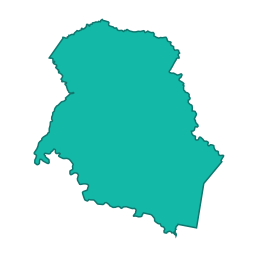 Pesé, Herrera, Panama, rotated 88°
{"feature_id": "35544464B3990390948119", "entity_name": "Pesé", "entity_type": "district", "adm_level": 2, "iso_a3": "PAN", "parent_name": "Panama", "parent_adm1": "Herrera", "projection": "robinson", "projection_center": [-80.628, 7.893], "detail": "fine", "context": "isolated", "style": "filled", "palette": "teal", "viewbox_px": 256, "rotation_deg": 88, "n_neighbors": 0, "source": "geoboundaries", "source_scale": "gbopen_adm2", "svg_char_len": 5764}
<svg xmlns="http://www.w3.org/2000/svg" viewBox="0 0 256 256"><g transform="rotate(88 128 128)"><path d="M230.2,63.0L186.1,54.2L165.0,35.4L164.2,36.1L163.6,36.1L161.1,34.6L160.0,33.7L159.1,33.4L158.8,33.6L158.6,34.1L158.7,36.9L158.3,37.9L157.2,38.4L154.7,38.7L154.3,39.2L154.2,40.3L153.8,41.0L152.9,41.8L150.8,42.7L148.6,42.9L148.0,44.1L147.6,45.9L147.7,46.4L148.5,47.3L148.6,47.9L148.4,48.4L147.4,48.9L145.5,48.3L144.8,48.6L144.0,49.8L143.9,51.5L143.6,52.4L141.8,53.6L139.8,55.7L139.6,56.5L139.9,57.1L141.9,58.1L142.3,58.5L142.5,59.8L142.1,60.7L141.4,61.1L138.8,60.9L138.4,61.3L138.1,62.3L137.7,63.1L135.8,64.5L134.7,64.5L133.5,64.8L133.2,62.9L132.7,62.1L131.8,61.6L129.8,61.1L129.3,60.8L129.1,60.1L129.5,58.9L129.1,58.3L128.6,57.9L127.2,58.2L125.4,59.8L123.8,60.4L122.6,60.4L122.0,61.1L121.5,61.3L120.8,61.2L117.1,59.2L116.3,59.1L113.8,60.4L113.4,61.7L113.2,63.3L109.6,63.0L107.7,63.3L107.3,63.7L106.5,65.3L104.6,66.9L102.4,66.9L101.7,65.4L100.3,64.9L98.5,65.9L96.7,65.7L95.8,66.3L95.0,67.2L94.2,69.4L93.1,69.9L92.5,70.7L92.1,71.0L89.5,71.1L87.8,70.6L86.9,71.5L86.0,70.7L85.4,70.7L84.3,71.9L82.3,75.0L81.9,75.3L81.1,75.2L80.3,74.9L79.2,73.3L77.0,72.2L76.4,72.3L75.9,72.7L75.8,73.2L76.7,75.7L76.8,76.9L74.8,80.4L74.7,82.6L74.1,84.2L73.7,84.7L73.3,84.9L72.2,84.5L70.8,83.2L69.8,82.8L68.3,81.7L64.4,79.5L61.6,77.6L60.5,77.2L59.8,76.2L59.7,75.3L60.0,74.7L59.7,74.5L59.0,74.5L56.7,75.4L55.9,75.0L54.9,73.8L53.3,74.7L52.2,74.8L51.7,76.0L51.9,78.2L51.8,78.7L50.0,79.7L48.5,79.5L48.0,80.0L46.9,82.0L45.1,82.7L44.3,82.0L43.7,82.2L43.5,82.4L43.1,84.2L42.5,85.3L41.7,85.7L40.1,86.0L38.7,86.8L38.6,87.5L39.0,90.7L38.7,92.2L39.3,94.2L38.6,95.6L38.6,96.2L37.7,97.3L36.8,98.9L34.9,98.6L33.7,99.2L33.4,99.6L33.5,101.0L33.2,102.2L32.8,103.4L31.8,104.8L32.8,106.3L33.2,107.5L32.8,108.0L31.7,108.3L31.3,109.0L32.0,112.1L31.7,114.5L32.2,116.7L32.2,119.0L31.1,123.0L29.5,125.5L29.8,126.1L30.6,126.7L30.3,127.6L30.4,128.1L31.4,128.9L31.2,129.6L30.5,130.2L30.2,130.9L30.3,133.1L30.2,134.0L29.6,135.2L27.8,135.8L27.5,136.4L27.8,137.2L27.7,138.2L26.6,139.2L25.5,142.4L24.9,143.5L24.0,143.8L22.0,143.4L21.3,143.9L20.1,147.4L19.7,149.1L18.6,150.0L19.6,151.5L20.6,151.8L20.9,152.1L20.4,153.6L21.0,154.2L21.1,154.7L20.9,156.5L21.4,157.7L21.7,159.7L22.1,160.1L23.1,160.4L23.1,162.0L23.4,162.4L23.8,162.6L24.6,162.6L24.8,162.9L24.5,163.5L23.1,164.5L23.0,165.5L23.4,165.8L25.2,166.1L26.4,167.4L27.0,167.8L27.1,168.4L27.8,169.6L26.7,170.6L27.1,171.1L28.1,171.2L28.4,171.5L29.4,174.2L28.9,175.5L29.6,176.2L30.7,177.6L31.8,178.6L32.7,178.9L32.5,180.8L32.9,181.9L33.5,183.0L33.3,183.8L34.4,184.2L34.9,185.4L35.7,185.3L36.1,186.6L36.0,187.1L35.3,188.6L35.3,189.1L35.0,189.8L35.2,190.0L35.9,189.8L36.4,190.1L55.2,204.3L55.5,203.5L55.5,201.9L56.1,200.7L59.5,200.6L58.9,199.5L58.9,199.1L59.2,199.0L59.7,199.2L60.4,200.0L60.9,200.1L61.4,199.5L62.6,197.2L63.8,197.1L64.6,197.9L65.2,198.1L66.0,197.0L67.2,196.3L67.5,195.4L68.7,195.5L69.1,194.8L69.9,195.4L70.4,195.3L70.7,194.2L72.1,192.5L73.6,191.5L75.2,191.9L76.8,193.2L78.1,192.3L79.2,192.5L79.5,192.2L79.2,191.2L80.4,187.9L81.2,188.0L81.6,189.3L82.1,189.4L82.6,189.1L83.5,188.2L88.0,187.0L88.7,186.4L90.1,185.9L90.6,185.5L91.0,184.5L91.1,182.7L90.6,181.6L90.8,181.1L91.1,181.0L91.5,181.7L91.7,184.5L92.2,184.9L95.9,189.4L97.1,188.9L98.6,190.4L99.1,191.5L99.4,193.1L99.9,194.0L102.8,197.0L103.3,198.1L103.7,198.7L105.5,200.1L106.8,200.7L108.5,201.0L109.9,202.5L112.5,202.9L114.3,203.8L116.5,204.0L117.6,203.3L118.2,203.3L118.7,203.7L119.2,205.2L119.5,205.4L122.5,205.7L125.8,206.7L129.5,206.9L130.2,208.1L131.8,209.0L134.1,212.9L135.5,214.4L137.1,214.7L138.7,216.8L140.0,217.8L142.7,218.5L145.5,219.7L149.4,222.5L149.9,222.6L150.5,222.5L151.7,220.8L152.5,220.4L154.5,221.0L156.8,222.2L159.6,222.4L161.4,220.4L161.5,219.7L161.2,218.8L160.3,217.8L157.0,217.4L156.2,217.0L156.2,216.8L156.5,215.5L158.1,213.9L160.3,210.2L160.7,209.1L160.5,208.5L159.8,208.0L157.1,208.1L156.6,208.5L154.3,211.2L153.7,211.6L153.0,211.6L151.8,212.6L151.2,212.6L150.6,212.2L150.4,211.6L151.1,208.1L150.9,207.0L150.3,206.3L149.2,205.7L148.1,204.1L146.6,203.0L146.5,202.6L146.7,202.0L147.2,201.4L149.9,201.4L150.8,200.8L151.1,199.9L150.6,197.7L151.1,196.8L151.6,196.8L152.3,197.7L153.2,198.2L153.6,198.2L154.1,197.8L154.8,196.7L156.2,194.0L156.3,193.0L156.2,190.2L156.9,188.3L158.4,186.7L162.4,184.0L164.6,184.8L166.6,184.6L167.2,184.7L167.8,185.4L168.7,187.2L169.1,187.5L171.5,187.6L172.4,187.2L172.7,186.7L172.4,185.7L171.2,183.6L170.9,182.7L171.0,181.9L171.4,180.5L172.8,179.4L173.5,179.2L177.0,180.4L178.6,180.2L182.5,178.3L182.7,177.4L182.3,174.7L182.3,172.7L182.8,170.7L183.7,169.6L184.9,169.5L186.5,170.3L188.4,170.8L188.9,171.6L190.0,175.0L190.8,175.7L191.9,175.6L195.2,174.7L197.9,173.8L198.6,173.3L199.5,171.3L199.4,170.8L198.1,169.6L198.5,168.1L198.7,164.9L198.9,164.5L200.0,163.4L202.5,161.4L203.0,160.7L203.6,155.7L203.1,154.7L201.9,153.6L201.8,152.2L203.9,149.5L204.9,149.1L206.8,145.8L206.8,143.5L206.2,141.7L206.1,140.2L206.5,139.0L207.7,138.0L208.0,137.1L206.7,135.3L206.6,132.4L208.7,126.5L208.6,124.2L209.4,123.2L210.8,122.7L211.7,123.2L213.3,123.4L215.6,125.5L216.1,125.6L216.4,125.3L216.2,123.8L216.6,122.1L217.1,120.8L217.1,119.0L216.9,117.8L216.5,117.2L215.3,116.9L214.5,116.2L213.5,115.7L213.4,115.5L215.3,108.1L216.1,107.0L218.9,104.9L219.6,104.6L221.5,104.6L222.4,104.1L224.3,101.7L224.7,100.9L224.9,99.2L227.1,98.3L227.8,97.3L227.9,96.2L228.5,95.6L229.7,94.9L230.7,94.8L231.9,95.6L233.2,95.6L233.8,95.4L234.3,93.8L234.3,93.0L233.4,92.5L232.7,90.3L232.8,89.4L233.2,88.6L234.3,88.0L234.3,86.8L234.8,85.9L236.0,85.0L236.7,83.9L237.4,83.8L236.5,83.4L234.9,83.8L233.8,85.4L233.6,85.5L233.2,84.5L231.6,84.3L230.9,83.5L229.9,84.1L229.3,83.6L228.6,83.5L227.9,83.0L227.0,81.9L226.0,81.4L230.2,63.0Z" fill="#14b8a6" stroke="#0f766e" stroke-width="1.5"/></g></svg>